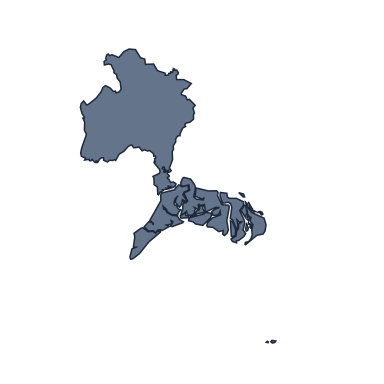 Santa Rosa, El Oro, Ecuador (Natural Earth projection), rotated 204°
{"feature_id": "8360857B25401291560682", "entity_name": "Santa Rosa", "entity_type": "district", "adm_level": 2, "iso_a3": "ECU", "parent_name": "Ecuador", "parent_adm1": "El Oro", "projection": "natural_earth1", "projection_center": [-80.02, -3.392], "detail": "fine", "context": "isolated", "style": "filled", "palette": "slate", "viewbox_px": 384, "rotation_deg": 204, "n_neighbors": 0, "source": "geoboundaries", "source_scale": "gbopen_adm2", "svg_char_len": 6157}
<svg xmlns="http://www.w3.org/2000/svg" viewBox="0 0 384 384"><g transform="rotate(204 192 192)"><path d="M255.5,297.2L257.6,296.0L257.9,297.8L258.3,296.4L259.2,296.9L258.4,293.5L260.4,293.1L259.9,291.6L261.4,291.0L261.1,289.4L263.9,287.7L264.9,289.6L272.9,288.8L279.1,293.3L286.4,289.7L289.3,294.2L293.6,293.7L301.5,299.1L307.7,297.0L311.3,292.6L313.5,285.1L320.8,284.9L322.6,283.1L324.7,284.0L325.7,282.2L325.1,279.0L323.9,277.9L325.4,275.3L323.7,272.4L320.3,275.0L317.7,275.4L312.8,271.2L311.8,269.2L308.6,268.5L306.7,265.6L302.4,263.4L298.5,256.9L299.3,253.9L301.6,251.6L303.0,253.0L304.7,251.8L308.9,253.7L314.3,254.0L315.8,251.4L315.9,246.0L317.7,238.8L321.8,230.8L323.5,228.6L328.0,231.1L329.2,227.9L328.4,223.9L324.6,219.2L320.8,216.5L320.4,215.6L321.7,215.1L318.4,212.0L315.5,204.8L311.8,201.5L310.7,187.6L309.6,182.4L307.5,179.6L303.0,179.6L303.1,177.5L299.3,180.0L298.5,178.9L297.0,179.4L296.6,181.1L293.3,179.7L292.0,181.2L291.7,179.2L291.2,181.1L290.2,180.8L289.9,184.0L288.6,186.5L286.7,187.3L285.6,185.0L281.5,185.0L280.2,187.5L277.1,188.6L276.2,190.0L274.5,189.8L274.0,196.8L270.8,201.4L268.6,208.2L266.3,210.4L263.2,208.7L258.4,211.5L254.3,209.3L252.5,211.3L249.5,211.3L247.6,212.6L243.0,211.5L241.5,209.2L239.9,209.9L239.0,208.4L239.7,207.2L238.6,206.0L239.0,204.8L237.9,204.6L238.6,203.4L230.6,199.2L229.3,197.2L229.5,195.6L234.0,190.4L232.2,188.8L229.6,183.3L225.7,182.5L222.3,175.9L221.4,175.8L221.1,178.6L219.0,181.6L219.8,182.0L216.3,184.3L217.1,184.3L217.2,184.8L215.5,184.9L214.9,187.5L215.8,187.1L215.8,187.4L216.1,187.2L216.2,187.3L216.2,187.5L214.9,187.6L215.3,185.0L213.6,186.3L213.8,187.7L213.5,189.4L213.3,186.5L209.8,190.0L209.8,192.9L212.9,193.6L215.7,192.0L218.2,194.3L219.9,194.3L220.4,195.5L219.2,196.4L219.3,197.6L221.9,198.6L222.4,201.6L224.4,199.2L225.6,198.7L226.2,199.3L225.4,200.8L228.8,201.4L228.5,203.3L227.2,203.3L226.6,201.8L225.1,201.5L224.8,199.4L222.6,202.1L221.6,200.4L220.3,201.4L219.7,203.1L222.4,204.7L222.9,213.6L226.5,220.9L226.2,223.4L227.9,226.5L227.3,231.4L228.5,233.9L227.9,237.3L225.8,238.6L226.6,240.4L226.5,246.7L224.5,249.2L225.7,250.1L225.8,252.1L222.2,255.0L220.2,259.1L222.1,263.3L221.9,265.2L225.3,269.0L224.3,272.5L232.2,275.6L233.6,274.2L236.9,277.0L241.2,276.6L241.9,277.8L241.1,282.9L238.7,284.3L236.8,290.8L245.3,291.3L251.8,288.4L253.9,292.2L252.8,293.7L252.9,295.4L255.5,297.2ZM147.8,169.5L146.9,166.0L144.7,165.4L143.2,168.5L143.3,172.1L148.6,180.1L151.7,193.2L153.0,194.9L159.5,192.6L167.2,199.1L168.1,202.3L170.0,203.1L177.7,199.6L189.1,197.5L189.6,196.1L187.3,189.4L180.1,189.7L178.9,190.5L178.6,192.2L178.5,189.3L185.2,187.2L188.5,188.2L190.5,197.5L193.0,200.0L198.5,203.2L205.3,202.1L206.2,200.7L206.0,195.8L204.8,193.6L202.3,193.8L197.7,197.2L194.8,192.7L199.0,187.7L192.3,182.0L193.0,179.6L196.5,180.8L196.8,179.9L194.6,178.8L195.4,177.3L193.4,172.1L193.2,167.2L191.9,167.1L189.1,172.2L187.6,170.1L185.3,169.4L182.1,171.1L181.1,175.0L182.2,175.5L181.7,177.8L183.3,178.8L179.3,178.6L178.9,179.5L181.1,182.6L180.6,183.7L178.9,183.1L175.6,185.7L171.9,179.7L170.0,180.7L164.1,187.6L160.6,189.0L164.2,185.4L165.9,181.9L163.3,179.3L162.0,179.8L158.6,182.0L158.5,185.9L156.6,182.7L162.7,176.7L165.3,170.9L165.0,167.4L163.6,166.4L158.6,168.2L151.4,166.7L147.8,169.5ZM221.5,140.8L215.8,138.6L211.7,140.9L209.0,139.7L207.8,143.2L205.6,144.7L203.8,144.5L198.7,151.3L202.0,151.3L197.7,154.4L198.1,156.2L200.4,157.8L197.2,157.0L197.7,152.0L196.0,152.4L188.0,160.1L187.7,161.3L191.9,161.7L195.7,164.1L201.4,162.5L206.4,163.1L209.3,165.1L211.0,164.8L212.6,167.3L208.0,165.6L206.6,164.0L201.3,163.1L195.7,165.3L196.1,167.6L195.0,171.1L197.5,170.9L200.9,173.3L202.5,173.1L203.9,174.4L204.7,178.7L203.0,183.0L203.9,180.5L203.3,175.9L197.3,173.1L196.6,175.8L197.6,181.1L192.9,180.7L192.5,181.5L199.3,185.9L199.1,188.8L195.9,192.1L197.8,195.8L199.3,195.8L203.1,192.8L207.0,193.2L209.1,186.8L219.3,178.7L219.4,176.7L216.9,171.3L219.0,148.9L214.8,147.8L214.0,146.2L216.0,147.8L219.4,147.3L221.5,140.8ZM135.0,163.2L130.6,163.7L131.6,165.2L129.6,166.8L126.5,172.5L126.1,175.8L129.9,178.1L131.0,184.6L132.9,187.6L140.9,194.4L139.5,200.6L140.8,204.0L148.8,204.3L155.6,201.3L157.7,201.9L159.6,205.0L166.0,203.1L164.7,199.6L159.4,194.3L154.5,197.4L151.7,196.9L149.3,193.9L146.3,183.5L143.5,183.0L136.0,175.7L135.4,176.5L137.0,181.0L139.8,185.0L136.7,183.6L133.8,185.7L136.3,181.9L134.6,177.2L135.2,174.4L133.9,169.6L137.2,164.8L135.0,163.2ZM220.8,118.7L223.7,115.5L222.3,107.4L220.7,105.6L218.8,107.1L215.0,114.2L211.1,128.9L204.6,142.4L205.0,143.4L207.5,142.2L208.5,139.4L211.8,140.2L215.7,137.9L222.6,139.4L224.3,137.5L228.2,130.7L225.9,127.5L223.2,117.9L220.8,118.7ZM138.8,204.5L131.7,193.7L127.7,192.6L127.3,189.2L122.9,186.8L122.0,181.6L119.6,177.5L119.1,173.3L120.1,169.7L122.7,167.8L122.4,165.9L121.6,165.7L115.2,178.7L109.9,182.6L109.4,186.1L111.0,192.1L115.5,197.4L129.0,197.6L133.7,200.0L136.8,203.7L138.8,204.5ZM178.9,165.2L175.9,164.2L168.6,165.9L164.6,175.8L164.7,178.9L166.1,180.4L171.8,178.6L172.0,176.9L183.5,167.6L178.0,174.6L172.2,178.6L175.7,181.6L176.0,184.5L178.3,182.7L179.8,182.7L178.2,180.0L178.3,178.2L180.0,176.8L180.1,172.9L183.7,168.4L183.8,165.4L183.4,164.3L178.9,165.2ZM145.2,181.4L138.2,167.7L137.3,167.3L134.8,170.1L137.0,175.5L142.6,181.1L145.2,181.4ZM138.7,201.3L139.7,195.1L132.8,190.5L133.6,195.6L137.1,201.1L138.7,201.3ZM193.1,165.4L191.5,163.6L184.7,167.0L185.5,168.7L187.9,167.9L189.6,170.0L193.1,165.4ZM132.8,200.6L127.2,198.9L125.9,200.0L129.9,200.3L129.8,201.8L130.1,201.1L136.6,205.9L131.3,200.3L133.5,201.8L132.8,200.6ZM129.1,184.8L127.9,179.8L126.5,178.3L125.5,179.6L125.8,181.9L129.1,184.8ZM144.0,211.1L149.0,210.4L143.3,208.3L142.0,208.9L144.0,211.1ZM54.8,89.9L58.6,89.0L59.1,87.2L57.2,86.7L55.3,88.1L54.8,89.9ZM131.4,192.4L130.8,189.5L128.8,189.0L128.5,192.2L131.4,192.4ZM125.7,186.4L124.8,183.4L123.3,182.8L124.2,185.9L125.7,186.4ZM121.3,200.3L119.2,199.3L118.5,200.0L121.3,200.3ZM62.5,86.3L63.0,84.9L61.2,85.3L61.2,86.0L62.5,86.3ZM120.2,202.1L122.0,200.7L119.2,201.4L120.2,202.1ZM122.0,201.8L123.1,201.1L123.6,200.0L122.1,200.6L122.0,201.8ZM127.6,185.5L126.8,185.8L127.9,187.0L127.6,185.5Z" fill="#64748b" stroke="#1e293b" stroke-width="1.5"/></g></svg>